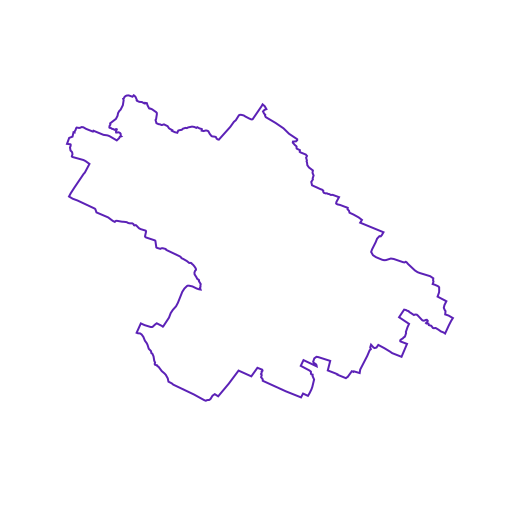 Kota Blitar, Jawa Timur, Indonesia (Robinson projection), rotated 279°
{"feature_id": "22746128B15123001204790", "entity_name": "Kota Blitar", "entity_type": "district", "adm_level": 2, "iso_a3": "IDN", "parent_name": "Indonesia", "parent_adm1": "Jawa Timur", "projection": "robinson", "projection_center": [112.17, -8.096], "detail": "fine", "context": "isolated", "style": "outline", "palette": "violet", "viewbox_px": 512, "rotation_deg": 279, "n_neighbors": 0, "source": "geoboundaries", "source_scale": "gbopen_adm2", "svg_char_len": 6100}
<svg xmlns="http://www.w3.org/2000/svg" viewBox="0 0 512 512"><g transform="rotate(279 256 256)"><path d="M337.2,51.8L337.3,55.3L337.1,55.5L335.8,55.7L334.2,55.3L333.5,55.5L331.2,56.3L330.0,57.9L329.1,58.4L327.8,58.8L325.6,58.5L325.1,59.1L323.8,70.6L323.1,72.7L320.9,77.1L311.6,73.9L310.1,72.9L295.1,65.9L289.0,63.2L285.5,62.0L283.9,66.0L282.9,71.0L277.6,89.3L277.1,90.0L274.1,91.6L271.0,103.9L268.3,109.0L267.6,111.2L268.4,111.7L268.9,112.4L269.0,113.9L268.9,118.1L269.1,120.1L269.2,123.0L268.6,124.6L268.5,126.3L268.9,128.6L268.4,129.9L267.3,130.7L267.2,131.3L267.7,132.4L267.5,132.9L265.1,136.1L264.5,137.9L263.8,143.0L263.6,143.3L262.8,143.6L258.1,143.3L257.5,143.7L257.1,144.5L255.6,153.7L255.1,154.3L248.9,156.2L248.5,157.1L248.1,160.4L248.8,161.3L249.1,162.6L248.8,165.7L248.2,166.1L247.8,167.0L243.7,180.9L243.0,182.1L242.2,182.8L241.7,184.6L240.2,188.5L238.7,191.1L239.0,192.7L238.8,193.4L238.3,193.8L237.5,195.2L236.0,196.9L234.2,198.5L233.0,198.9L231.7,198.1L229.9,197.8L228.3,198.2L225.2,200.9L224.5,201.2L223.8,202.2L223.8,202.7L223.2,203.5L222.2,203.6L219.6,205.8L218.3,205.7L216.8,206.0L215.9,205.6L214.2,206.5L214.2,204.9L214.6,202.5L216.0,198.0L216.2,194.5L216.0,193.2L215.5,192.5L212.7,190.4L209.1,188.8L197.6,186.2L193.8,184.9L189.8,182.3L186.3,180.7L181.5,179.7L171.8,175.3L171.6,175.1L172.2,174.0L174.0,168.5L172.5,167.0L169.8,164.9L169.5,164.0L169.4,163.1L170.3,156.8L171.4,152.8L161.5,150.1L161.2,151.5L161.4,153.6L160.6,155.3L158.5,157.4L155.0,159.5L152.7,161.8L151.2,162.8L147.6,164.6L145.7,167.1L143.7,167.9L143.3,168.9L142.1,169.7L140.8,170.5L136.6,171.9L134.9,173.0L133.5,172.8L132.8,173.3L132.5,175.5L131.7,175.9L131.4,177.0L127.6,180.9L125.7,184.0L124.5,185.5L121.3,188.0L118.2,189.2L117.0,192.8L116.0,194.4L109.5,216.4L105.5,227.5L105.2,229.1L106.0,230.2L106.5,232.3L107.6,233.4L111.2,234.9L113.1,236.9L111.5,240.6L125.5,249.0L140.1,256.7L136.4,270.2L145.8,274.9L144.7,279.9L143.7,280.4L142.7,279.6L141.5,279.9L140.2,279.4L139.3,280.3L137.1,280.0L135.3,281.9L133.8,282.2L127.0,306.7L123.4,322.6L127.5,324.0L126.0,329.2L128.7,330.3L132.9,331.6L135.5,332.1L143.1,332.7L146.2,330.7L147.7,330.5L147.8,329.2L148.3,328.7L150.4,328.3L151.3,326.7L154.5,317.4L160.6,319.2L156.5,333.2L157.7,332.8L158.4,332.2L159.6,329.7L160.5,329.0L164.0,329.6L165.9,331.5L165.9,333.2L164.0,345.7L154.2,344.8L152.6,352.3L151.9,355.0L151.5,355.0L149.4,363.9L150.4,364.8L150.8,365.4L157.2,368.7L156.8,370.4L157.4,370.7L156.6,376.7L160.2,376.7L174.7,381.5L180.7,383.0L181.9,384.0L183.6,383.1L186.4,383.5L184.0,386.4L183.6,387.5L184.4,389.3L187.3,390.7L185.0,397.3L182.5,403.4L181.4,405.6L179.2,415.5L192.8,418.9L194.2,412.1L194.6,411.7L195.4,411.7L195.9,412.0L197.8,414.1L198.8,414.6L199.1,415.3L200.2,415.8L203.3,416.3L204.4,415.9L209.5,416.8L212.9,417.8L217.9,406.9L226.2,410.7L226.1,412.6L225.5,414.1L225.5,415.0L225.2,415.7L224.5,416.3L224.2,417.3L222.4,421.2L223.1,422.3L223.2,424.0L222.7,424.9L218.6,430.2L218.3,431.3L218.5,432.3L219.5,433.9L219.7,434.7L218.8,435.8L218.2,435.7L216.3,434.4L216.1,434.7L216.0,435.1L216.2,436.9L214.8,437.5L214.5,440.0L212.6,442.0L212.5,442.9L213.0,444.7L211.8,447.7L210.4,450.5L209.8,453.3L209.0,454.9L217.6,457.3L222.5,458.9L225.5,460.2L227.3,455.5L227.9,452.0L231.2,451.8L232.1,450.9L234.2,449.6L237.0,449.8L241.1,451.1L244.3,441.7L248.7,442.5L250.1,442.4L253.7,441.8L254.4,441.0L254.8,440.0L255.6,437.0L255.9,434.9L258.5,435.3L259.7,434.7L261.7,434.6L263.3,431.2L264.8,420.5L265.3,418.1L266.6,415.2L271.9,407.4L273.3,405.8L273.7,404.8L272.9,403.8L272.9,402.3L274.6,392.5L274.6,389.6L272.3,385.0L271.9,383.2L272.0,381.3L273.6,374.7L275.1,371.4L278.0,369.1L280.7,369.6L288.2,372.0L292.1,372.9L294.9,374.8L294.9,376.1L296.3,377.0L299.4,378.2L305.2,353.7L308.2,355.0L310.2,351.3L312.2,345.8L313.4,341.6L315.2,340.8L316.5,339.1L317.9,339.1L319.6,330.9L319.7,328.6L320.1,327.3L320.5,326.9L322.1,327.0L327.1,328.8L328.4,322.1L328.0,320.4L328.6,318.6L328.6,317.4L328.9,316.6L329.0,316.0L328.7,315.2L329.0,313.2L330.0,312.3L331.1,312.2L331.9,310.7L332.1,309.3L334.6,300.3L337.8,299.0L340.5,300.2L341.6,299.8L344.5,300.3L347.0,298.8L349.4,298.8L351.7,294.5L353.7,292.5L356.5,291.7L357.2,291.2L358.4,291.3L360.9,290.1L362.8,290.7L364.0,289.3L365.3,283.7L365.7,282.9L367.4,282.8L368.4,279.5L369.0,279.1L370.3,279.0L370.8,278.6L371.8,276.9L373.7,274.6L374.8,274.6L375.5,277.6L376.9,278.6L377.8,278.4L381.9,269.5L386.4,263.2L390.5,254.5L394.7,243.9L396.2,242.9L397.0,243.0L397.9,241.7L399.9,240.3L401.6,241.5L402.7,243.3L405.3,241.2L406.8,238.8L404.9,238.1L390.6,231.3L390.3,230.8L390.2,229.9L390.7,227.9L392.1,223.7L392.9,221.9L393.1,219.7L393.0,218.2L392.3,217.1L386.9,214.8L385.1,213.2L379.5,210.4L365.1,201.1L365.2,199.9L365.8,198.7L367.1,197.9L367.4,196.8L367.3,194.0L367.5,193.3L369.4,191.2L371.8,189.4L372.2,187.8L372.1,186.7L371.2,184.7L371.3,182.7L372.8,182.7L373.1,181.6L373.1,180.5L374.0,177.8L373.2,177.0L373.8,174.9L373.8,172.6L372.4,168.9L371.5,167.7L371.5,166.3L370.3,163.9L369.0,162.9L368.2,160.5L367.7,159.6L365.4,159.0L365.6,156.4L366.5,153.4L367.2,153.6L368.1,151.0L368.6,150.0L370.4,148.4L370.7,147.4L371.6,144.5L370.7,142.7L370.6,142.1L371.0,140.8L371.0,139.0L371.6,136.9L374.6,135.5L375.5,135.9L380.4,135.9L381.7,135.7L382.4,135.0L384.6,130.5L385.1,128.7L384.9,128.4L385.1,127.3L388.0,125.2L389.9,124.3L389.9,122.5L389.3,122.5L389.2,122.0L390.2,119.2L390.0,116.6L390.7,114.1L391.0,113.8L391.5,113.9L394.3,112.1L395.2,110.9L395.6,110.1L394.0,109.1L394.7,105.1L394.3,103.3L393.6,102.2L392.6,101.3L390.5,100.6L390.4,100.3L389.1,100.9L384.1,100.9L379.4,99.4L377.7,98.2L375.5,97.4L372.8,97.3L369.5,96.2L364.2,91.2L363.0,91.6L361.6,91.0L360.4,91.0L359.9,91.1L359.7,91.5L359.7,92.6L359.1,93.8L359.0,95.2L358.5,96.5L359.5,98.0L359.3,98.7L357.0,98.2L356.1,98.5L356.1,99.0L356.7,101.0L356.2,102.5L355.5,103.2L353.5,103.6L353.1,104.2L352.4,102.8L351.0,102.4L348.4,100.4L351.3,93.0L351.7,91.6L351.9,90.1L351.8,86.4L354.3,75.9L353.5,75.7L353.4,75.2L355.0,68.2L356.1,65.4L356.1,63.7L355.0,62.0L354.8,61.1L354.8,58.8L354.2,58.4L352.0,58.0L350.7,57.4L349.6,57.5L349.7,56.4L345.2,56.1L343.4,53.0L337.2,51.8Z" fill="none" stroke="#5b21b6" stroke-width="2"/></g></svg>